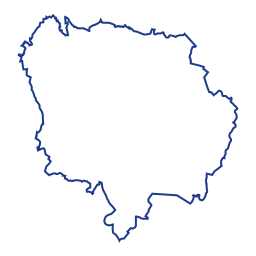 San Marcos, Sucre, Colombia
{"feature_id": "7082276B33104783866993", "entity_name": "San Marcos", "entity_type": "district", "adm_level": 2, "iso_a3": "COL", "parent_name": "Colombia", "parent_adm1": "Sucre", "projection": "robinson", "projection_center": [-75.194, 8.569], "detail": "fine", "context": "isolated", "style": "outline", "palette": "blue", "viewbox_px": 256, "rotation_deg": 0, "n_neighbors": 0, "source": "geoboundaries", "source_scale": "gbopen_adm2", "svg_char_len": 5574}
<svg xmlns="http://www.w3.org/2000/svg" viewBox="0 0 256 256"><path d="M224.4,158.2L224.3,157.3L224.4,156.3L225.4,154.4L225.6,153.5L225.6,150.7L228.1,148.1L229.1,144.3L229.8,142.5L230.8,141.2L231.0,140.6L231.1,139.9L230.9,139.1L229.8,137.5L229.5,136.6L229.4,134.9L229.8,133.6L231.5,131.7L233.1,128.5L235.1,127.1L235.6,126.4L235.7,125.1L234.5,123.5L234.2,122.6L233.6,122.8L233.2,122.6L233.3,122.3L234.2,121.8L236.5,118.4L236.6,117.7L236.6,115.8L236.3,114.4L234.9,112.2L234.8,111.3L235.1,110.6L236.0,109.8L237.1,109.2L237.2,108.4L236.8,107.7L236.0,106.8L233.9,105.0L233.0,103.7L231.6,102.7L230.7,101.7L231.6,99.8L231.4,97.8L231.1,97.7L229.4,99.1L226.1,96.4L225.9,96.0L224.0,95.9L223.3,96.1L222.8,96.0L222.4,95.2L221.9,92.7L220.9,91.3L219.1,90.6L216.5,92.9L216.3,93.3L214.6,94.4L213.7,95.2L212.6,93.7L211.5,93.1L211.4,92.3L209.1,92.0L208.0,88.8L208.0,89.2L204.2,77.4L208.0,72.2L205.7,70.8L205.4,70.1L203.4,69.1L203.8,67.0L199.3,65.5L190.6,63.4L191.0,61.8L190.9,61.0L190.3,60.1L190.6,59.5L190.6,58.8L189.7,57.7L189.5,57.1L190.0,55.2L191.1,52.9L191.3,50.0L192.5,47.1L193.2,46.7L195.1,46.9L195.8,46.1L184.6,33.8L183.7,35.0L182.9,35.2L180.6,35.1L177.8,35.7L176.8,36.1L175.7,36.7L175.7,36.9L175.3,36.9L175.0,36.6L172.2,35.6L170.5,35.4L169.6,35.5L169.3,35.7L168.9,36.9L168.4,37.4L166.5,37.6L165.8,37.1L165.4,36.1L164.2,34.7L163.7,33.0L163.0,32.3L162.4,32.4L162.1,33.0L159.8,33.5L157.5,33.4L155.4,34.4L154.4,34.2L153.9,32.8L153.9,32.0L154.2,30.4L154.6,29.7L153.8,29.5L153.6,29.7L153.3,29.5L151.9,29.3L150.4,33.6L146.6,34.4L144.2,34.6L136.7,31.6L134.0,31.2L131.7,28.9L129.3,27.4L129.3,28.6L126.3,26.5L125.4,25.2L124.6,25.3L124.5,25.8L123.7,26.9L122.5,27.0L121.8,26.4L121.1,26.4L120.5,26.7L119.9,26.3L119.5,26.5L118.9,26.1L118.2,26.4L117.4,26.1L116.6,26.7L116.0,26.6L115.7,26.9L115.2,26.9L114.8,26.6L114.7,24.9L109.2,22.8L102.7,22.7L101.9,22.4L101.6,22.2L101.6,21.6L100.8,19.8L99.9,21.9L97.4,23.7L95.6,24.4L94.6,25.1L93.5,25.1L90.0,27.2L89.5,27.7L89.3,30.9L88.4,30.8L87.0,29.7L85.1,29.2L83.9,28.3L77.8,28.3L77.4,28.2L77.3,27.9L75.3,27.1L75.4,26.9L75.1,26.8L74.3,26.8L74.4,26.5L73.5,26.1L72.8,25.3L72.2,25.0L69.3,21.2L68.7,20.4L68.6,19.3L66.7,17.6L65.2,17.0L65.2,19.3L65.5,20.4L65.5,23.3L67.5,22.6L67.8,24.1L67.0,26.2L66.3,27.5L67.3,31.1L68.0,35.2L67.3,35.2L67.0,34.8L66.5,35.2L65.3,35.4L65.0,34.7L62.9,33.4L62.3,32.5L61.6,31.9L61.5,31.7L61.9,30.7L61.7,30.2L60.1,30.6L59.9,30.3L59.5,29.3L59.4,27.5L59.4,27.0L60.3,26.7L59.7,25.1L59.9,23.4L58.6,22.5L57.9,20.9L57.2,21.1L57.3,20.4L56.5,20.5L56.1,18.3L55.4,18.8L55.1,18.7L54.6,16.8L53.0,15.4L51.2,17.6L49.5,16.5L47.7,17.8L46.4,16.9L46.3,18.7L43.5,18.9L43.3,22.3L40.3,22.7L39.4,26.5L38.4,26.9L37.9,27.4L35.6,30.4L34.8,31.9L32.5,34.6L32.2,37.1L31.3,38.8L30.0,38.3L30.0,40.8L31.1,42.2L32.1,44.3L31.9,44.7L29.5,45.4L29.5,44.8L29.2,44.8L28.0,43.0L27.2,43.1L26.7,42.4L24.9,41.5L24.1,42.7L24.7,42.8L23.0,45.0L22.7,44.7L21.8,45.6L22.9,45.7L23.3,46.5L24.4,47.0L25.4,48.0L25.3,49.3L25.0,49.4L24.5,50.4L24.1,52.3L23.4,54.0L23.7,54.0L23.2,55.0L22.3,54.7L21.9,55.6L19.1,54.4L18.8,55.3L21.6,56.9L20.3,61.4L22.2,61.0L22.8,66.1L23.5,69.5L27.1,69.1L26.6,72.0L26.7,75.2L27.2,75.7L30.7,77.3L29.5,82.5L31.2,85.4L31.8,87.2L31.6,89.8L32.4,90.6L33.8,94.0L34.5,96.6L35.7,98.2L35.9,100.5L37.3,101.9L38.0,103.1L39.2,104.5L39.5,105.2L39.6,107.7L40.1,108.9L41.5,110.9L42.7,114.3L43.0,121.5L43.2,123.1L43.2,123.5L42.9,123.5L43.1,124.0L43.0,124.3L41.8,125.1L41.4,125.8L40.5,130.0L38.4,132.4L37.4,132.4L36.9,132.1L36.6,135.9L36.3,135.7L35.7,138.4L36.7,139.1L37.7,139.4L39.2,140.6L40.2,142.1L39.6,145.7L38.6,146.4L38.0,147.2L38.2,147.8L39.0,147.3L39.1,148.2L38.3,148.8L38.0,149.8L37.8,149.6L38.0,150.4L42.7,148.3L43.4,148.3L44.2,148.7L44.6,149.6L45.6,154.4L49.4,156.8L49.4,157.5L48.4,158.9L50.7,161.3L49.2,163.6L46.4,166.4L44.9,171.4L49.2,175.2L50.4,174.5L51.2,174.4L52.2,173.9L54.1,173.3L54.8,173.4L56.5,174.0L57.7,173.9L59.6,173.0L60.9,173.3L61.5,173.6L63.0,175.2L64.6,175.8L64.4,175.9L65.1,176.0L64.9,178.5L66.7,179.0L68.0,180.4L68.6,180.7L69.1,180.8L70.1,180.4L71.9,181.0L72.5,181.0L73.0,180.9L73.0,180.7L75.9,180.2L79.3,180.5L80.7,180.7L82.0,181.8L83.1,180.8L83.6,180.7L84.2,180.7L86.2,181.4L87.0,181.3L87.9,182.3L90.2,183.6L90.3,187.4L88.5,188.2L86.6,189.7L86.9,191.7L89.0,191.7L91.3,192.4L92.4,194.0L93.2,193.3L92.8,192.3L92.9,191.8L97.0,185.1L97.7,184.5L98.6,184.8L99.5,184.2L99.2,183.0L99.4,181.9L100.3,182.4L101.4,182.5L101.9,184.2L102.2,186.8L103.1,190.0L105.9,195.3L106.8,197.8L109.8,203.7L112.7,206.7L115.2,210.0L112.6,212.8L111.1,214.0L107.7,215.2L106.4,216.1L105.4,217.2L104.6,219.3L104.3,221.8L105.4,223.8L106.5,224.6L107.4,225.1L109.4,225.4L112.9,224.5L112.6,229.0L113.1,232.5L113.5,233.2L115.3,234.3L117.1,236.4L119.0,239.5L119.4,240.6L119.8,239.9L120.8,239.1L122.1,238.6L123.9,238.6L128.6,232.9L127.4,231.7L130.8,228.1L132.3,228.6L134.6,227.7L135.9,226.0L135.9,216.6L137.0,216.5L138.7,217.3L139.5,217.2L141.2,218.3L142.7,218.7L147.6,218.8L147.7,217.6L145.5,216.1L148.6,211.4L148.7,211.0L148.8,209.7L151.4,205.3L151.0,204.5L148.4,201.4L148.4,199.2L150.2,196.4L151.2,195.4L152.3,193.7L177.0,195.3L190.2,203.6L191.8,202.0L193.1,199.5L193.6,197.8L193.8,196.4L193.1,195.5L193.6,195.2L193.9,195.2L195.1,196.0L196.4,196.7L197.2,196.3L197.3,195.4L197.1,195.3L197.5,194.9L199.1,194.8L199.4,195.2L199.1,197.9L199.4,198.9L200.2,199.8L201.0,199.9L201.6,200.4L202.6,200.1L203.8,198.9L205.6,195.7L205.9,193.4L207.2,192.0L206.8,189.0L206.5,183.9L206.3,183.9L206.0,179.4L206.6,178.2L206.7,177.3L206.6,175.5L206.9,174.4L206.8,173.7L212.2,174.9L214.2,171.6L221.7,165.8L221.0,163.8L221.2,160.7L222.8,158.0L224.4,158.2Z" fill="none" stroke="#1e3a8a" stroke-width="2"/></svg>